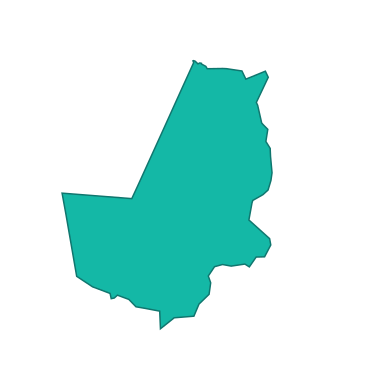 Dauphin, Pennsylvania, United States of America (Equal Earth projection), rotated 221°
{"feature_id": "52423323B59200867058970", "entity_name": "Dauphin", "entity_type": "district", "adm_level": 2, "iso_a3": "USA", "parent_name": "United States of America", "parent_adm1": "Pennsylvania", "projection": "equal_earth", "projection_center": [-76.798, 40.389], "detail": "fine", "context": "isolated", "style": "filled", "palette": "teal", "viewbox_px": 384, "rotation_deg": 221, "n_neighbors": 0, "source": "geoboundaries", "source_scale": "gbopen_adm2", "svg_char_len": 922}
<svg xmlns="http://www.w3.org/2000/svg" viewBox="0 0 384 384"><g transform="rotate(221 192 192)"><path d="M289.3,105.9L272.8,92.7L223.7,52.7L204.8,55.2L187.3,61.7L183.0,58.5L181.1,61.0L180.6,65.2L169.2,69.5L159.0,68.6L150.9,73.5L138.2,80.9L126.1,68.1L122.9,85.4L109.1,99.5L113.2,112.0L112.0,126.0L118.3,135.7L124.6,139.3L126.0,150.4L121.4,157.3L113.8,161.8L104.8,172.3L99.6,173.1L100.9,185.0L94.7,190.7L97.8,203.7L102.8,207.7L130.7,208.2L139.6,223.2L140.6,225.5L136.7,236.6L135.9,243.4L140.0,252.5L144.2,259.0L156.0,270.3L161.6,276.2L169.4,278.6L175.9,289.0L182.5,289.5L184.7,289.8L199.3,300.5L202.2,301.8L209.7,328.6L215.9,331.3L225.4,312.5L233.7,316.1L246.9,307.7L249.8,305.4L261.4,295.0L264.0,295.9L268.8,294.8L269.3,295.3L270.8,294.5L271.6,292.6L275.4,292.8L277.0,292.2L277.3,291.6L275.6,290.7L267.0,261.7L253.8,217.6L237.1,161.4L233.1,147.5L289.3,105.9Z" fill="#14b8a6" stroke="#0f766e" stroke-width="1.5"/></g></svg>